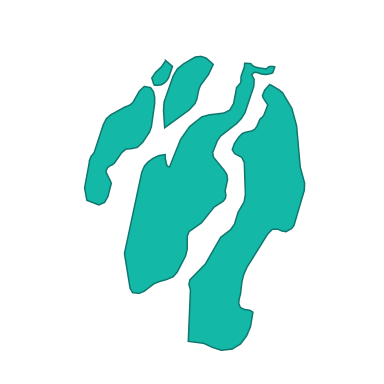 SVG path tracing the border of Zeeland, rotated 287°
{"feature_id": "NLD-903", "entity_name": "Zeeland", "entity_type": "Province", "adm_level": 1, "iso_a3": "NLD", "parent_name": "Netherlands", "parent_adm1": "", "projection": "natural_earth1", "projection_center": [3.94, 51.477], "detail": "fine", "context": "isolated", "style": "filled", "palette": "teal", "viewbox_px": 384, "rotation_deg": 287, "n_neighbors": 0, "source": "natural_earth", "source_scale": "10m", "svg_char_len": 2664}
<svg xmlns="http://www.w3.org/2000/svg" viewBox="0 0 384 384"><g transform="rotate(287 192 192)"><path d="M80.3,287.3L70.4,286.3L63.2,283.7L61.0,282.9L53.5,276.3L49.2,266.3L49.4,257.1L50.7,247.3L48.1,232.1L98.0,219.1L102.6,216.1L107.4,215.7L127.0,225.8L157.1,232.7L167.0,239.8L173.5,242.0L186.0,242.0L197.8,244.7L205.2,243.8L235.4,233.4L239.6,229.5L241.2,221.6L244.2,218.1L250.8,218.4L258.0,220.6L262.5,222.9L264.5,225.3L268.0,231.5L270.7,233.9L274.2,234.9L281.6,235.7L284.7,237.7L286.7,238.3L297.4,239.0L302.7,232.7L304.7,231.2L310.7,231.7L317.5,234.9L317.3,236.6L315.0,245.8L313.3,249.7L301.1,263.1L285.8,272.7L247.5,288.2L233.4,297.1L226.5,298.9L189.9,299.3L186.1,297.9L181.5,293.5L181.0,289.4L181.5,285.0L179.9,279.8L174.1,276.7L136.3,266.6L128.4,265.6L120.8,266.0L108.5,268.2L103.5,268.4L99.0,269.3L95.6,272.1L95.0,276.7L95.8,281.7L94.9,285.4L80.3,287.3ZM335.9,234.6L329.7,234.4L328.5,233.1L326.0,228.5L325.1,223.7L325.3,219.6L324.7,216.5L321.5,214.8L317.9,218.5L311.1,220.2L283.4,219.5L276.9,217.8L270.7,214.8L253.7,202.9L248.7,201.3L235.8,200.2L231.5,202.4L222.3,216.2L218.8,220.3L214.1,222.4L203.0,223.3L199.0,225.3L195.7,225.8L192.4,224.6L183.9,217.5L165.3,210.1L153.3,200.8L148.4,200.4L135.6,204.2L128.7,204.5L111.2,201.3L105.6,198.9L100.9,193.3L96.8,187.0L93.1,182.4L83.0,175.2L79.6,171.0L78.4,164.6L81.7,161.0L113.4,145.4L196.2,138.2L203.1,139.0L207.7,141.1L212.7,144.8L217.1,149.6L220.0,155.4L216.7,156.4L211.5,159.3L209.4,160.8L209.4,163.2L238.9,165.7L253.9,170.6L266.7,179.4L270.7,185.6L276.8,199.3L281.4,204.2L288.8,205.9L304.9,204.1L310.9,206.7L317.0,205.1L327.1,205.5L330.5,204.7L330.6,204.9L332.0,210.7L330.9,212.3L330.6,213.6L330.0,214.8L330.2,219.3L331.4,227.0L334.3,228.9L335.5,231.5L335.9,234.4L335.9,234.6ZM260.3,109.3L273.2,112.2L279.0,115.5L279.7,121.9L276.5,125.9L271.4,128.7L265.9,130.4L242.3,134.1L236.8,133.8L225.3,130.4L218.7,126.7L215.7,121.3L213.7,116.3L208.9,113.2L196.8,109.3L194.7,107.8L192.8,105.6L190.2,104.0L186.1,103.7L178.5,110.9L176.7,112.3L162.9,112.9L156.5,111.4L152.4,106.7L153.3,93.9L164.5,88.1L190.5,85.1L191.8,84.7L196.8,85.1L200.9,86.9L230.4,87.5L237.2,88.7L242.2,91.8L253.8,103.1L255.3,105.2L257.2,107.3L260.3,109.3ZM320.2,175.0L309.1,173.4L296.3,168.9L291.6,168.6L281.8,169.5L277.2,168.9L269.8,165.4L245.4,147.1L261.7,140.9L269.9,139.0L297.5,140.1L305.6,142.1L312.8,147.0L313.0,147.4L321.1,154.7L322.2,155.9L324.3,160.9L324.3,165.6L323.9,167.2L320.2,175.0ZM306.4,136.6L294.3,136.2L291.0,135.2L287.9,133.5L285.4,131.1L283.9,127.7L283.2,124.7L283.3,124.6L284.1,123.8L289.3,120.2L296.2,122.4L302.8,126.2L309.8,128.4L310.0,128.3L309.9,128.6L306.4,136.6Z" fill="#14b8a6" stroke="#0f766e" stroke-width="1.5"/></g></svg>